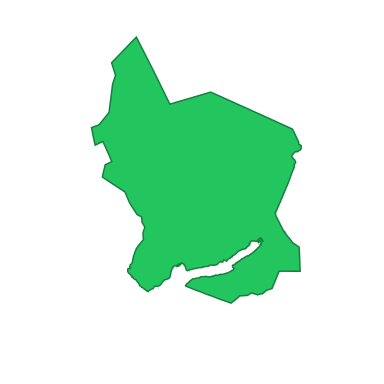 outline of Omasvuotna sme 2, Troms, Norway, rotated 209°
{"feature_id": "86288312B64496782861055", "entity_name": "Omasvuotna sme 2", "entity_type": "district", "adm_level": 2, "iso_a3": "NOR", "parent_name": "Norway", "parent_adm1": "Troms", "projection": "mercator", "projection_center": [20.196, 69.248], "detail": "fine", "context": "isolated", "style": "filled", "palette": "green", "viewbox_px": 384, "rotation_deg": 209, "n_neighbors": 0, "source": "geoboundaries", "source_scale": "gbopen_adm2", "svg_char_len": 5971}
<svg xmlns="http://www.w3.org/2000/svg" viewBox="0 0 384 384"><g transform="rotate(209 192 192)"><path d="M59.0,175.1L69.2,192.0L70.1,193.3L70.3,193.6L70.5,194.0L71.4,195.4L71.7,195.7L79.5,196.5L85.2,199.1L85.9,199.2L91.6,201.6L91.6,201.8L91.4,202.0L92.0,202.3L92.2,201.9L94.2,203.1L107.2,212.0L108.9,214.2L109.3,214.3L109.0,214.9L109.1,217.0L109.4,218.9L109.5,220.7L109.9,224.3L110.0,225.7L110.1,227.0L110.5,229.4L110.5,231.0L111.6,240.2L111.8,242.1L111.9,243.4L112.1,245.3L112.2,246.3L112.5,248.1L112.6,249.1L112.8,249.9L112.9,251.0L113.0,251.6L113.1,252.3L113.4,253.7L113.4,254.3L113.8,256.1L113.9,257.0L114.0,257.5L114.0,258.2L114.3,259.9L114.3,261.2L114.5,262.1L114.5,263.0L115.0,264.3L115.7,265.1L115.9,265.6L115.6,267.2L115.5,268.0L116.5,268.7L117.6,269.8L118.9,270.0L120.1,270.4L121.3,271.1L122.1,271.7L122.3,272.1L122.3,272.5L121.7,276.0L121.4,277.0L119.2,278.5L118.4,280.2L117.7,281.2L117.6,281.6L117.5,282.2L117.6,282.6L117.8,283.5L118.2,284.1L118.5,284.7L119.2,285.6L120.6,285.6L121.3,285.4L121.8,285.6L122.9,287.4L132.0,293.9L134.8,295.7L178.9,292.2L224.1,288.4L254.0,258.1L283.8,278.9L315.8,300.5L325.0,266.1L315.4,256.9L313.8,248.0L303.1,221.3L305.9,205.7L311.1,199.6L309.5,197.8L307.0,194.6L304.2,191.5L302.6,189.6L299.4,186.0L298.3,187.6L296.8,189.8L295.3,191.8L294.3,192.9L282.5,184.1L278.4,180.8L276.9,179.7L281.1,173.7L278.6,164.6L277.6,161.6L250.6,159.5L243.1,153.6L240.1,151.5L229.0,145.6L224.0,145.8L220.9,141.2L216.2,138.4L215.7,135.5L215.2,132.9L213.9,130.5L211.4,126.8L212.7,120.2L212.9,118.9L213.2,114.9L212.7,111.4L211.9,106.8L211.6,106.3L211.4,105.4L211.0,104.3L210.9,103.8L210.7,103.2L209.9,101.1L210.1,100.3L210.1,99.8L210.2,99.5L210.5,99.2L210.7,98.6L210.5,98.0L210.6,97.8L210.3,97.2L210.3,96.4L210.2,96.3L209.8,96.0L208.9,95.8L208.9,95.7L209.0,95.4L209.1,95.1L209.7,95.0L210.2,94.4L210.7,94.1L210.8,93.7L210.7,93.4L210.4,92.5L209.8,91.4L209.3,91.0L207.2,90.1L205.7,90.0L204.8,89.3L203.2,89.2L203.3,88.6L203.2,88.4L202.8,88.5L201.5,88.3L200.5,87.9L199.3,88.0L198.4,88.0L196.9,87.2L194.5,86.3L193.0,85.2L192.4,85.0L192.2,84.7L191.6,84.9L190.4,84.5L190.1,84.2L189.8,84.1L188.7,84.5L187.3,84.2L186.9,83.9L185.6,84.0L185.1,83.8L184.0,83.7L183.0,83.5L182.5,83.6L182.1,83.6L182.1,84.4L180.8,86.5L179.2,88.7L179.2,90.4L178.7,91.8L177.9,92.0L175.6,93.6L175.0,94.6L174.4,96.1L174.3,97.5L174.4,98.6L174.1,99.0L173.8,100.2L173.5,100.8L173.8,101.5L171.9,103.2L170.8,104.5L170.2,105.5L170.0,106.7L170.5,108.4L170.8,109.8L171.2,110.4L171.8,112.6L172.3,115.9L172.0,116.1L172.1,117.7L171.8,118.7L170.6,119.5L169.8,120.5L169.8,119.6L169.3,119.4L168.6,120.2L167.7,120.7L167.3,122.0L167.9,122.6L168.4,122.1L168.8,122.5L168.3,122.9L168.0,123.5L166.8,123.3L167.1,124.3L166.7,124.9L165.9,124.8L164.5,125.0L163.3,124.3L162.4,124.1L160.0,121.8L158.9,120.9L157.7,121.0L156.4,122.5L156.3,122.9L155.8,123.2L154.3,124.7L149.6,128.8L146.0,131.3L145.8,132.1L141.7,135.0L141.3,135.5L141.1,136.1L140.7,136.7L140.3,137.4L137.8,138.2L136.6,139.2L135.7,139.7L135.4,140.4L134.9,140.9L134.6,141.5L134.6,141.8L134.7,142.1L133.8,144.0L133.7,144.7L133.6,145.0L133.2,145.1L132.5,144.9L131.7,145.3L131.1,145.8L131.3,147.0L131.6,147.6L131.5,147.9L130.3,148.1L129.9,148.1L129.4,148.3L128.3,148.2L128.1,148.4L128.5,149.1L128.2,149.5L128.2,150.0L127.6,150.8L127.5,151.4L127.2,151.8L127.1,152.3L126.6,152.6L126.5,152.9L126.2,153.1L126.3,154.1L126.2,154.3L125.7,154.4L125.3,155.0L125.5,155.5L125.7,155.8L125.6,156.1L125.0,156.8L124.4,157.6L123.5,159.5L123.4,160.4L123.0,161.4L122.9,162.1L122.5,163.1L122.1,163.5L121.8,164.0L121.5,164.3L121.1,165.3L120.7,165.3L120.4,165.5L120.2,166.2L120.0,166.6L118.3,167.6L117.6,168.6L117.4,169.5L117.1,170.9L116.8,171.6L116.7,172.1L116.6,172.4L116.3,172.7L116.4,173.5L116.0,173.8L116.2,174.2L116.4,174.5L116.1,174.4L116.1,174.5L116.5,174.9L116.6,175.4L116.5,177.2L116.3,177.6L116.3,178.0L113.8,179.3L111.7,180.0L111.3,180.4L111.3,180.6L110.5,180.5L109.1,180.0L109.0,180.5L109.5,181.1L110.3,181.1L111.1,181.7L111.2,182.0L110.6,182.6L110.9,183.1L110.8,183.7L110.5,184.4L109.8,184.9L109.5,185.1L109.3,185.2L108.5,184.8L107.8,184.7L107.0,183.9L106.0,183.5L106.1,183.2L106.4,183.2L107.6,183.6L108.4,184.4L109.8,184.5L110.3,184.2L110.5,183.8L110.5,183.5L110.4,183.2L109.6,182.8L109.3,182.3L108.0,181.9L106.9,181.4L106.8,180.7L106.5,180.3L106.6,180.0L106.8,179.6L106.8,179.2L106.3,179.3L105.9,179.2L106.1,178.5L106.4,178.0L106.7,177.2L106.8,176.4L107.1,175.6L107.3,174.9L107.6,174.2L107.6,173.5L107.9,173.1L107.9,172.7L108.0,172.3L108.5,171.6L108.4,171.2L108.5,170.4L108.9,169.7L109.3,169.3L109.4,168.6L109.5,168.0L109.9,167.2L110.7,166.1L110.8,165.5L111.5,164.0L111.8,163.6L112.2,163.4L113.3,162.1L113.4,161.7L114.1,160.7L114.7,159.3L115.3,158.7L115.3,158.3L115.7,158.1L115.8,157.7L116.2,157.4L116.2,156.9L116.7,155.8L117.2,154.5L117.4,154.1L117.9,153.7L118.1,153.1L118.1,152.5L118.4,151.9L119.0,151.7L119.1,151.3L119.1,150.6L119.1,150.2L119.3,149.8L119.3,149.4L119.5,149.2L120.0,149.2L120.1,148.3L120.5,147.7L121.0,147.6L121.0,147.4L120.7,146.8L120.2,146.2L118.9,145.9L118.4,145.6L118.2,145.2L118.0,144.1L118.3,143.6L118.7,143.2L118.8,142.9L119.1,142.7L119.6,141.6L120.5,140.1L120.7,139.6L121.2,139.2L121.5,138.7L122.9,137.4L124.3,135.7L125.8,134.5L126.5,134.3L126.8,133.7L127.5,133.6L128.0,132.9L128.7,132.4L128.9,131.8L129.3,131.4L131.0,130.9L131.3,130.5L131.6,130.1L131.7,129.3L132.0,129.1L132.8,128.9L133.7,128.2L133.8,128.1L133.8,127.2L134.1,127.0L134.5,126.7L135.1,126.6L137.0,125.5L138.0,125.2L138.6,125.2L139.3,124.6L139.8,124.3L141.1,123.4L142.2,122.8L142.9,122.2L143.5,121.9L144.1,120.3L146.0,119.1L148.3,116.9L148.7,116.6L149.3,116.4L150.2,114.1L150.7,113.1L150.8,112.1L152.1,109.0L152.3,107.0L152.0,106.8L151.7,106.7L141.4,108.0L136.4,108.8L130.0,109.6L123.0,110.8L117.3,111.5L104.5,113.7L104.0,113.7L101.7,119.0L100.3,122.6L100.1,124.1L93.3,128.5L91.2,132.2L90.8,132.7L88.4,133.0L87.5,133.4L84.9,133.8L82.3,136.4L81.2,136.9L81.0,137.2L79.2,142.1L75.2,146.4L77.4,165.0L59.0,175.1Z" fill="#22c55e" stroke="#15803d" stroke-width="1.5"/></g></svg>